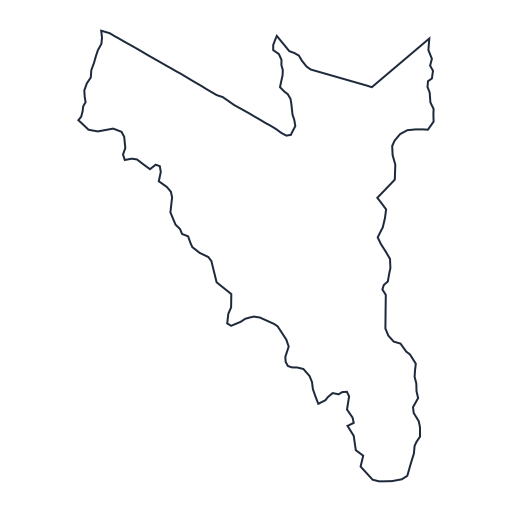 Augustinópolis, Tocantins, Brazil (Robinson projection)
{"feature_id": "56859067B65363701866264", "entity_name": "Augustinópolis", "entity_type": "district", "adm_level": 2, "iso_a3": "BRA", "parent_name": "Brazil", "parent_adm1": "Tocantins", "projection": "robinson", "projection_center": [-47.935, -5.523], "detail": "fine", "context": "isolated", "style": "outline", "palette": "slate", "viewbox_px": 512, "rotation_deg": 0, "n_neighbors": 0, "source": "geoboundaries", "source_scale": "gbopen_adm2", "svg_char_len": 2649}
<svg xmlns="http://www.w3.org/2000/svg" viewBox="0 0 512 512"><path d="M413.9,453.5L414.6,445.9L416.5,441.8L420.0,436.7L420.0,427.3L418.7,421.1L413.7,413.0L413.0,407.2L418.1,398.1L416.5,391.1L416.3,383.4L414.6,376.9L415.0,370.5L415.8,363.7L410.0,354.5L406.2,351.6L400.5,343.6L393.7,341.6L388.3,335.6L385.4,328.5L385.6,309.6L385.8,294.9L382.4,289.5L383.8,285.0L387.8,281.5L389.3,273.1L390.4,268.1L390.0,258.9L385.9,251.9L380.8,243.9L377.7,237.3L382.8,227.3L385.0,217.9L386.1,209.4L381.3,202.9L377.3,197.8L387.2,187.6L394.8,179.6L395.3,164.7L392.6,155.1L392.2,146.0L394.6,140.6L400.1,134.1L407.3,130.2L415.6,129.4L422.9,129.4L427.9,129.7L433.6,121.6L433.4,114.2L433.6,109.0L430.4,102.4L429.7,92.6L427.5,86.9L428.0,81.2L431.9,78.5L433.0,70.8L430.1,65.6L431.9,58.8L428.4,50.1L429.3,38.5L371.8,87.2L367.2,85.7L310.7,69.5L306.5,66.5L301.9,60.7L298.9,55.6L294.5,53.1L289.2,51.1L285.2,46.1L281.3,41.4L276.8,35.9L274.8,40.7L273.2,45.1L273.2,50.1L278.9,54.1L281.5,59.9L281.4,65.1L282.8,70.0L282.6,75.2L281.3,81.0L280.0,87.2L284.4,91.6L287.7,94.1L290.5,98.8L291.4,104.3L291.9,109.1L292.5,114.5L294.3,120.0L295.3,126.1L293.0,130.5L290.8,134.9L286.3,135.6L281.3,132.9L275.8,128.9L269.5,125.1L265.3,122.9L259.7,119.5L253.9,116.2L248.9,113.2L234.1,105.0L222.8,97.1L216.7,95.1L212.1,92.4L206.4,89.1L201.3,85.9L196.1,82.9L192.3,80.7L187.3,77.7L180.7,73.7L176.2,71.3L171.1,68.3L167.4,66.3L161.0,62.6L154.8,59.1L148.1,55.3L141.2,51.2L132.9,46.4L124.0,41.5L118.9,38.5L115.0,36.4L109.7,33.2L101.2,30.7L102.0,37.7L101.4,43.9L97.9,50.2L95.9,56.1L94.1,62.6L91.3,70.2L90.8,77.5L86.9,83.2L84.3,90.4L84.7,96.9L85.6,102.1L83.2,106.3L82.6,111.3L81.2,116.7L78.4,120.2L83.7,125.1L88.5,129.7L92.6,130.5L97.9,131.4L113.2,128.6L121.5,131.8L124.2,136.8L125.3,148.1L123.0,154.5L124.8,160.0L131.7,158.7L136.9,159.4L142.9,164.0L150.0,169.2L155.7,164.7L159.8,166.2L160.8,171.9L158.8,181.3L166.9,187.0L170.9,191.8L172.1,197.3L170.4,212.4L175.5,224.6L180.0,229.0L182.1,234.0L188.1,236.3L190.4,242.8L192.3,247.1L199.7,252.9L208.4,257.1L211.4,261.1L216.6,282.3L231.3,294.1L231.1,307.4L228.3,313.8L227.2,323.4L231.1,325.8L240.7,321.8L245.2,318.8L249.8,317.5L253.7,316.6L259.8,317.5L274.0,323.9L277.6,326.3L286.3,339.6L288.7,346.6L285.3,356.9L285.7,362.0L287.9,366.0L291.9,367.4L297.3,367.5L303.4,369.0L309.6,376.1L312.0,382.1L312.9,389.1L315.3,396.1L318.3,403.8L325.3,400.3L328.0,397.0L332.6,393.1L338.7,394.3L342.2,392.1L346.9,391.8L349.1,396.4L347.0,409.5L352.6,417.7L353.7,422.9L347.5,425.9L353.7,435.8L355.8,450.2L363.2,455.7L360.6,466.6L372.6,479.7L378.9,481.3L384.8,481.3L392.0,481.1L401.8,479.3L407.3,475.8L410.4,464.9L413.9,453.5Z" fill="none" stroke="#1e293b" stroke-width="2"/></svg>